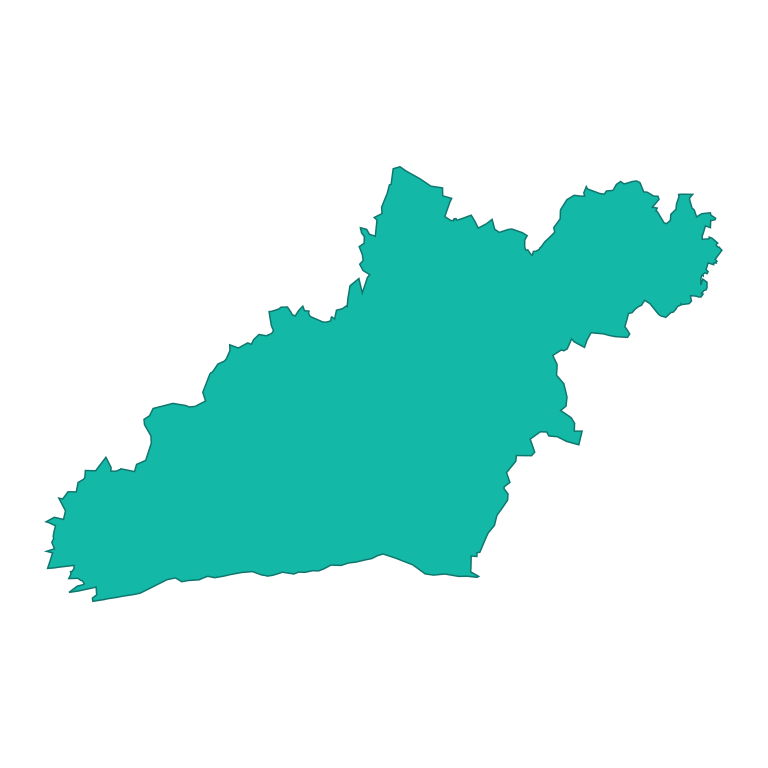 Central Karoo, Western Cape, South Africa (Equal Earth projection)
{"feature_id": "47623444B66747201173997", "entity_name": "Central Karoo", "entity_type": "district", "adm_level": 2, "iso_a3": "ZAF", "parent_name": "South Africa", "parent_adm1": "Western Cape", "projection": "equal_earth", "projection_center": [22.176, -32.556], "detail": "fine", "context": "isolated", "style": "filled", "palette": "teal", "viewbox_px": 768, "rotation_deg": 0, "n_neighbors": 0, "source": "geoboundaries", "source_scale": "gbopen_adm2", "svg_char_len": 6025}
<svg xmlns="http://www.w3.org/2000/svg" viewBox="0 0 768 768"><path d="M710.4,212.8L701.9,213.7L700.4,214.5L696.9,216.7L696.6,216.9L694.2,209.9L692.0,208.0L689.6,199.7L689.7,197.8L692.7,194.4L683.6,194.2L678.6,194.4L678.5,194.6L679.1,196.2L679.1,196.3L676.5,204.0L676.0,209.3L670.8,214.3L670.4,220.3L666.7,223.6L664.1,222.9L657.3,211.6L655.9,210.9L657.2,208.1L652.4,207.2L659.0,199.4L658.0,196.3L653.7,196.1L650.6,194.2L647.2,192.2L643.7,191.9L640.0,182.7L636.8,181.0L632.3,181.5L627.6,183.0L624.0,183.9L620.6,181.5L616.4,184.4L613.0,190.4L606.4,191.0L604.4,194.1L599.7,193.5L587.4,188.9L586.3,186.6L583.8,192.8L584.7,196.0L581.3,196.2L574.2,195.3L567.0,199.6L560.8,209.3L560.4,210.5L560.2,218.8L554.8,226.2L553.8,227.5L554.7,232.3L548.1,238.8L544.7,241.9L541.4,246.7L540.2,247.5L539.3,249.4L535.8,251.3L533.4,251.4L532.4,255.2L530.6,254.0L527.8,249.9L525.7,250.1L524.7,246.7L524.7,240.1L527.2,235.7L522.4,232.7L517.0,230.8L511.8,229.0L508.1,229.5L499.3,232.4L494.7,229.2L492.1,219.4L486.4,223.8L478.2,228.1L475.0,221.5L471.2,215.2L461.4,218.8L457.1,220.2L456.9,220.2L456.4,219.7L456.3,219.4L456.2,218.8L456.1,218.7L455.9,218.6L455.5,219.0L455.3,219.0L454.8,218.8L454.4,218.7L454.0,218.9L453.9,219.0L453.7,219.8L453.8,220.6L450.9,220.5L444.8,216.6L447.6,208.6L450.0,201.8L451.7,198.4L442.7,195.8L442.5,187.9L431.9,186.3L430.9,186.2L420.3,179.0L407.1,171.6L405.8,170.8L399.9,166.7L399.3,167.0L393.2,168.7L391.1,184.4L389.4,184.9L387.2,193.5L384.4,200.2L381.6,207.3L382.0,213.6L374.2,217.5L377.0,220.0L375.3,236.2L369.4,234.3L366.7,229.4L360.5,227.7L360.6,228.0L360.5,228.6L360.5,228.8L360.6,229.3L360.7,229.6L361.0,230.4L361.1,230.7L361.2,230.8L361.2,230.7L361.3,230.6L361.4,230.8L361.4,231.2L361.3,231.5L361.3,231.9L361.4,232.4L361.7,232.9L361.7,233.1L361.9,233.2L362.1,233.4L362.2,233.8L362.5,234.2L362.7,234.5L362.8,234.7L363.1,235.0L363.6,235.2L363.8,235.8L364.0,236.1L364.2,236.3L364.1,236.8L364.3,237.5L364.4,237.9L364.3,238.1L364.1,243.3L359.2,246.6L362.3,254.5L363.2,260.5L359.7,264.2L363.0,270.5L369.8,274.7L367.4,277.5L362.3,293.0L358.9,278.5L350.0,285.8L347.8,299.3L347.2,306.4L346.6,305.7L342.4,308.7L336.5,310.2L334.6,318.9L331.7,316.9L331.2,317.7L330.7,320.9L326.1,322.2L322.9,322.0L312.7,317.6L310.3,316.5L308.6,313.7L309.0,311.1L305.1,310.8L304.5,310.7L302.8,306.2L300.7,308.4L298.6,310.6L297.4,312.5L295.3,315.9L292.3,314.8L290.9,312.1L287.4,307.0L281.0,307.2L278.9,308.9L276.3,309.9L271.3,311.4L269.1,311.6L269.8,316.5L271.3,325.4L273.5,330.8L271.6,333.5L266.3,335.8L262.9,335.2L259.0,334.5L253.6,339.7L251.3,344.3L247.7,342.9L238.4,348.0L229.7,344.8L230.0,350.4L226.4,358.7L224.4,361.1L218.0,364.0L212.3,372.2L210.8,372.9L209.8,374.2L202.8,392.3L205.6,401.0L198.2,404.8L195.2,406.4L189.4,407.0L185.5,405.5L173.0,403.4L153.1,408.5L149.6,415.7L144.0,419.4L144.5,424.7L146.8,428.7L150.9,435.8L151.3,443.1L145.7,460.4L136.6,464.4L134.5,471.6L120.9,468.8L120.8,469.1L116.1,471.2L110.8,471.1L111.1,467.5L105.9,457.3L95.6,470.8L85.4,470.5L84.8,477.6L83.6,479.3L78.1,482.4L77.0,488.3L76.3,491.9L71.3,491.8L68.0,491.8L62.7,499.0L58.8,498.1L65.5,510.8L64.8,513.9L63.5,519.4L54.3,517.3L46.1,521.8L48.8,522.6L55.5,525.8L54.0,531.7L53.2,536.5L53.7,538.6L51.8,542.3L54.5,548.8L46.5,551.3L52.6,552.9L50.1,560.9L47.6,568.4L54.2,567.9L58.6,567.2L74.2,565.4L73.9,568.8L71.8,571.6L70.5,571.7L71.0,574.0L68.8,578.6L77.9,578.3L81.0,580.5L82.4,580.8L84.3,583.8L83.0,584.7L77.3,586.1L69.0,592.4L78.9,590.9L96.1,587.1L96.7,594.8L92.4,598.1L92.9,601.3L104.5,599.5L106.7,598.9L116.6,597.4L122.7,596.2L133.9,594.5L140.3,593.1L167.0,579.7L175.5,577.9L181.7,581.7L188.3,580.5L199.1,579.8L203.2,578.0L207.8,576.3L214.6,577.7L222.3,576.4L223.9,576.1L230.7,574.5L241.6,572.5L252.5,571.6L261.8,575.0L264.5,575.3L267.4,576.1L272.7,575.3L277.4,573.9L282.5,572.2L293.9,574.0L298.5,572.1L305.1,572.3L312.7,570.7L318.5,570.9L323.5,569.0L331.0,565.1L341.2,565.4L348.4,563.0L355.9,562.1L365.6,559.8L371.7,558.6L377.9,555.5L383.2,554.0L395.8,558.2L412.9,564.9L425.2,573.9L433.7,575.1L444.8,574.0L458.6,576.4L467.0,576.2L477.0,577.3L478.7,576.4L470.6,571.8L470.9,568.3L471.2,556.0L476.9,556.5L477.0,552.7L479.8,552.3L485.7,538.4L487.2,535.0L487.5,534.6L488.2,532.9L489.9,530.9L492.1,528.2L494.4,525.5L496.9,515.4L502.1,508.2L507.6,500.2L508.0,493.9L504.0,488.7L504.2,486.8L509.9,482.4L506.5,472.7L515.8,461.2L516.4,455.5L531.6,455.7L534.7,452.2L530.2,439.1L540.3,431.8L546.7,432.0L549.0,436.0L557.3,436.7L566.5,441.4L578.8,444.8L582.1,431.1L574.3,431.2L574.4,429.0L574.5,424.4L574.7,423.5L571.8,418.7L571.2,417.7L560.6,410.5L564.0,407.8L566.0,406.1L567.0,397.2L565.3,389.8L563.8,383.7L556.5,375.2L557.0,367.5L557.1,364.5L552.8,355.4L561.3,350.0L563.8,350.8L567.2,348.9L567.8,347.4L568.6,345.9L571.6,338.9L574.3,341.9L575.0,342.2L577.2,343.5L581.0,345.5L584.5,347.4L586.0,343.1L587.0,340.1L591.1,332.7L600.5,333.6L603.7,333.9L609.0,335.4L615.1,336.6L627.5,337.4L629.7,334.0L626.2,328.3L624.8,327.0L627.0,319.3L627.8,316.2L628.5,313.5L632.2,312.6L634.9,309.4L637.9,307.0L641.5,305.2L644.7,300.3L650.0,303.7L656.9,312.3L658.9,314.6L660.8,315.8L661.2,316.0L664.0,316.8L664.7,317.0L665.8,317.4L669.9,313.5L670.7,312.6L673.1,312.2L674.7,310.6L676.1,308.8L677.5,306.5L681.5,304.7L681.4,304.3L681.7,304.6L689.2,303.6L691.5,301.0L691.1,299.5L690.5,295.7L691.2,295.7L695.8,296.1L699.0,297.0L701.0,297.0L703.1,294.1L701.4,293.6L704.0,290.5L706.1,289.8L707.0,287.8L707.0,282.2L702.7,279.1L700.7,285.1L700.9,280.8L700.7,279.3L701.6,275.9L701.9,275.4L702.9,275.7L703.2,275.9L703.1,274.1L703.7,273.7L705.0,272.8L707.0,273.7L708.1,271.7L706.0,269.5L707.1,266.3L708.1,262.9L713.7,264.7L713.8,263.0L716.3,263.0L716.0,262.1L717.0,261.3L716.1,260.3L715.3,259.5L715.2,259.3L721.9,250.3L720.2,248.4L719.1,247.1L718.1,247.3L716.2,245.3L716.7,243.8L717.7,243.1L716.8,242.3L712.2,238.3L711.0,237.8L709.2,237.1L709.3,238.4L707.9,239.0L704.4,239.1L702.3,239.3L702.2,234.8L702.8,234.7L705.4,225.9L709.1,227.2L710.4,227.7L710.7,220.4L711.6,220.5L715.0,219.7L715.4,218.9L715.6,218.3L710.7,215.0L710.7,214.2L710.4,212.8Z" fill="#14b8a6" stroke="#0f766e" stroke-width="1.5"/></svg>